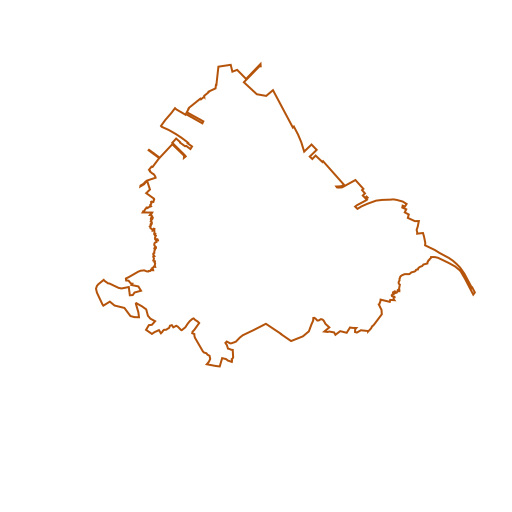 outline of Sigulda, Siguldas, Latvia, rotated 230°
{"feature_id": "27541924B33898392287232", "entity_name": "Sigulda", "entity_type": "district", "adm_level": 2, "iso_a3": "LVA", "parent_name": "Latvia", "parent_adm1": "Siguldas", "projection": "mercator", "projection_center": [24.841, 57.161], "detail": "fine", "context": "isolated", "style": "outline", "palette": "amber", "viewbox_px": 512, "rotation_deg": 230, "n_neighbors": 0, "source": "geoboundaries", "source_scale": "gbopen_adm2", "svg_char_len": 6149}
<svg xmlns="http://www.w3.org/2000/svg" viewBox="0 0 512 512"><g transform="rotate(230 256 256)"><path d="M87.4,400.2L92.7,401.4L92.7,400.9L108.8,404.3L116.0,404.9L121.2,404.5L125.8,403.8L130.5,402.5L140.5,398.5L145.5,396.9L155.5,392.4L157.2,394.1L162.7,397.1L166.3,398.7L169.5,393.8L170.2,394.5L172.8,395.9L174.5,398.7L178.1,403.2L180.6,400.1L187.6,396.8L189.6,399.7L193.8,398.0L195.2,401.1L199.1,399.2L200.3,400.7L198.2,401.9L199.1,404.8L203.4,403.4L208.6,399.8L211.2,397.5L212.7,395.3L217.8,388.8L221.2,383.6L224.4,374.9L226.2,368.7L226.9,364.0L230.1,363.7L230.0,366.1L227.9,376.0L228.0,376.0L227.9,377.2L229.0,377.1L228.9,379.0L230.5,378.9L230.4,376.9L233.7,376.7L233.9,379.7L238.3,379.6L238.4,381.4L250.3,381.0L253.1,366.7L253.4,365.8L255.6,362.9L256.6,362.1L257.6,362.2L256.0,364.2L254.6,366.3L253.9,369.2L285.5,368.3L285.3,367.3L294.6,366.2L294.1,361.5L297.6,361.1L298.3,370.7L305.7,370.2L305.0,360.0L314.0,363.8L322.1,366.3L330.8,368.2L330.7,366.8L372.1,375.6L372.1,366.7L379.4,360.6L396.9,358.4L399.1,380.5L398.3,381.5L400.2,382.9L398.0,362.2L410.7,361.2L412.4,356.4L418.7,359.5L425.2,348.9L412.5,335.6L412.8,335.3L410.4,332.7L412.4,325.4L412.0,325.3L411.9,324.8L412.0,319.3L411.2,318.7L411.3,318.7L411.4,314.5L412.3,314.5L412.6,300.1L412.3,298.9L412.1,298.6L411.9,298.7L410.6,295.4L393.0,302.2L392.1,300.2L409.8,293.5L409.5,292.8L410.1,292.6L419.5,289.2L421.3,289.0L419.9,282.8L418.5,273.9L416.7,266.8L415.6,266.8L408.8,270.1L400.6,273.1L394.2,275.0L387.7,276.5L386.3,276.7L386.2,276.1L381.0,277.4L380.1,274.5L385.2,273.3L385.7,272.2L391.7,270.7L392.1,271.1L397.3,270.3L396.5,264.6L379.6,266.2L377.5,266.2L377.5,263.9L378.8,265.2L379.9,265.3L395.4,263.7L393.2,245.4L406.1,242.3L406.0,241.7L393.2,244.8L390.7,234.0L391.6,233.4L390.8,229.4L389.5,229.6L389.1,229.1L388.8,229.1L385.5,229.7L385.0,230.1L383.5,230.2L381.6,229.9L380.5,229.4L383.8,221.1L384.0,219.2L383.6,216.2L384.2,212.8L383.6,212.1L382.9,216.4L383.3,218.6L383.3,220.8L375.1,217.5L374.7,212.3L365.5,214.7L365.0,214.1L364.7,214.2L363.4,212.1L364.3,211.3L364.2,211.0L364.8,210.9L364.9,210.4L363.3,209.3L363.1,207.8L361.5,207.6L361.7,206.9L362.3,206.2L362.2,205.1L362.5,203.8L363.0,203.9L363.5,203.3L363.1,202.1L363.0,200.9L362.5,199.9L362.4,198.6L362.7,198.2L362.4,197.9L362.2,197.2L356.0,204.4L355.4,202.7L355.7,201.6L355.6,201.0L354.6,201.8L353.0,202.0L352.7,201.5L352.9,200.9L352.5,200.4L352.5,199.8L352.2,199.5L351.3,200.9L350.8,199.8L350.8,198.7L350.1,197.5L348.8,197.9L347.6,196.8L347.5,196.2L348.1,195.8L347.6,195.1L347.1,195.3L346.7,194.8L346.7,193.6L346.1,193.7L345.2,193.1L342.8,193.7L342.0,193.1L341.8,194.4L342.5,194.5L342.6,195.3L342.0,195.6L341.6,195.0L339.1,193.2L338.4,192.2L338.2,192.1L337.6,193.0L336.7,191.9L335.9,192.3L335.0,190.5L333.8,189.5L333.1,189.5L332.6,191.0L331.9,191.3L330.9,190.9L331.4,189.9L331.3,189.1L330.7,188.7L331.1,187.5L331.0,186.4L330.2,185.4L329.2,184.9L327.3,185.1L326.5,184.6L326.6,184.2L327.2,184.1L327.4,183.5L327.1,183.0L326.3,183.6L325.0,181.1L323.7,180.1L323.9,179.0L323.4,178.4L321.3,178.1L321.8,177.2L321.5,176.8L319.6,176.2L318.5,174.4L316.9,175.2L316.5,174.8L316.4,174.2L315.2,174.0L313.8,172.4L312.5,171.8L313.6,170.8L313.2,170.0L313.4,168.6L311.7,168.4L311.2,168.1L312.1,167.1L313.0,166.7L312.5,165.5L313.5,164.2L313.3,163.6L314.5,162.4L316.9,161.1L318.9,158.1L319.7,155.7L321.6,145.0L322.4,141.9L321.2,141.0L320.6,140.8L319.7,142.0L318.8,142.5L315.2,142.5L314.3,143.4L313.8,142.0L308.3,146.3L303.3,145.6L306.1,139.5L305.3,136.5L307.0,134.1L314.0,138.6L317.5,132.2L319.8,130.3L329.2,126.0L330.1,125.1L334.7,123.9L335.6,124.0L335.7,116.8L335.3,114.9L333.8,112.4L330.2,110.6L317.8,107.3L316.1,107.1L315.0,114.7L309.0,115.8L300.8,121.8L290.7,121.2L287.2,123.7L284.3,127.0L288.5,129.7L296.7,133.3L296.8,134.0L290.7,136.3L285.7,137.6L279.7,134.8L275.9,134.8L270.9,136.8L270.2,132.0L271.9,129.5L270.1,124.3L263.2,126.2L262.9,129.3L261.6,134.0L257.9,133.5L258.1,135.5L258.5,136.6L258.6,138.1L257.3,139.7L256.8,143.3L257.9,145.3L257.1,147.1L254.5,146.8L253.8,150.1L252.0,150.7L247.7,151.0L246.9,151.4L246.8,156.0L248.0,160.0L248.7,163.5L248.7,166.9L248.3,168.1L246.2,168.3L243.3,169.2L241.2,169.4L239.1,161.4L238.8,158.7L237.8,157.5L235.9,158.6L234.1,157.3L232.6,156.7L217.2,154.0L215.5,154.1L213.4,155.5L211.6,155.4L209.5,156.3L206.6,154.8L205.3,152.0L204.7,148.7L197.7,154.4L194.7,157.2L199.5,164.4L196.3,166.8L194.1,167.2L190.4,169.4L191.1,170.3L192.6,171.1L192.5,172.1L193.0,173.3L199.0,177.8L200.2,176.7L201.7,176.0L203.1,175.0L206.4,176.4L209.1,176.7L209.3,178.6L205.6,180.1L204.9,181.1L203.3,185.5L203.9,191.1L203.8,194.9L200.8,206.5L197.7,220.0L180.3,225.1L180.2,224.9L168.3,228.2L164.3,240.3L164.3,248.1L168.0,254.6L169.8,258.3L171.7,260.1L171.1,261.0L169.3,261.4L167.1,261.5L166.3,262.7L165.9,265.1L164.6,266.1L163.0,266.3L159.2,265.6L154.2,266.3L154.2,259.8L151.8,262.0L151.0,263.6L147.3,266.7L144.6,266.2L144.3,272.2L138.9,276.1L140.8,282.1L139.2,283.4L136.4,286.5L136.2,285.2L135.7,284.4L134.1,283.0L132.5,284.1L131.7,288.6L126.6,293.5L126.1,293.2L126.3,294.1L126.2,294.8L126.6,297.6L127.1,298.9L127.5,299.6L127.4,300.9L127.5,302.0L130.5,314.9L134.0,317.5L139.8,318.9L139.7,319.1L140.0,319.4L140.0,320.0L140.7,320.9L141.1,321.9L142.5,323.4L134.9,329.0L136.1,330.6L133.2,333.6L134.5,333.7L135.5,334.5L135.6,335.0L135.3,335.6L135.8,335.9L137.8,334.4L138.7,334.7L138.9,335.7L138.4,336.9L139.9,337.4L140.1,337.8L139.8,338.2L139.8,339.5L139.4,339.8L139.0,339.6L139.0,339.3L139.4,338.7L139.1,338.5L138.2,338.7L137.5,340.2L137.8,341.0L137.7,341.4L138.1,342.0L137.8,342.4L138.0,342.6L138.5,342.3L138.8,342.7L138.7,343.2L137.1,343.0L136.9,343.2L137.8,344.0L139.2,344.8L141.6,347.8L143.0,347.6L143.9,348.1L144.7,349.1L144.9,350.1L146.5,351.5L146.7,352.3L147.3,353.0L147.5,353.8L147.4,355.5L146.5,358.3L143.6,361.8L143.5,363.2L143.6,364.4L142.3,367.2L142.0,368.4L142.5,369.8L142.3,370.4L141.6,371.3L142.3,372.4L142.4,374.1L141.5,377.0L141.9,378.7L140.1,382.5L141.1,383.5L141.2,384.4L141.7,384.9L141.8,385.6L141.6,386.4L142.0,387.0L142.0,388.5L142.7,389.4L140.1,392.4L137.6,394.3L126.7,399.2L120.0,401.8L114.0,402.9L110.9,402.8L110.9,402.6L103.9,401.4L86.8,397.6L87.4,400.2Z" fill="none" stroke="#b45309" stroke-width="2"/></g></svg>